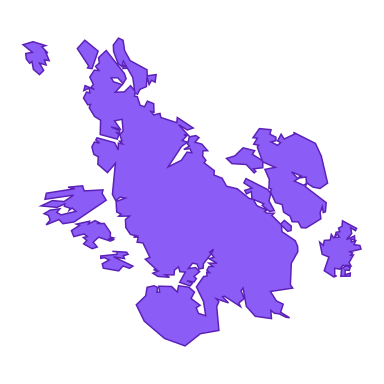 Fjell nor, Hordaland, Norway (Robinson projection)
{"feature_id": "86288312B65460294234921", "entity_name": "Fjell nor", "entity_type": "district", "adm_level": 2, "iso_a3": "NOR", "parent_name": "Norway", "parent_adm1": "Hordaland", "projection": "robinson", "projection_center": [5.057, 60.356], "detail": "fine", "context": "isolated", "style": "filled", "palette": "violet", "viewbox_px": 384, "rotation_deg": 0, "n_neighbors": 0, "source": "geoboundaries", "source_scale": "gbopen_adm2", "svg_char_len": 5959}
<svg xmlns="http://www.w3.org/2000/svg" viewBox="0 0 384 384"><path d="M292.7,288.1L290.4,284.8L291.3,263.3L297.8,251.7L297.6,246.2L295.2,240.7L282.0,231.7L281.4,225.2L287.7,231.3L291.0,230.5L291.3,226.1L284.3,220.4L280.6,224.2L271.8,215.4L274.1,213.2L267.0,213.2L264.5,211.4L267.0,210.1L256.8,205.7L253.3,199.4L248.9,198.3L237.3,188.8L226.5,186.2L222.1,178.2L213.9,175.0L214.3,170.7L204.1,162.8L205.9,160.3L202.7,156.2L203.0,150.8L207.6,150.7L201.8,144.1L194.9,142.2L199.0,137.7L195.9,135.6L189.3,136.8L187.5,144.2L189.5,146.0L183.8,149.4L190.0,148.7L191.8,152.8L187.0,152.1L181.4,160.3L168.1,166.9L181.6,146.4L187.5,142.1L182.3,140.5L186.2,136.4L184.1,134.5L188.7,135.7L178.6,124.6L187.3,130.0L193.2,128.0L177.3,117.5L176.8,122.7L160.9,117.5L160.0,113.4L153.7,114.9L150.9,111.5L154.0,112.3L153.7,103.7L147.4,101.1L144.5,106.8L140.1,105.2L137.3,96.6L134.5,96.3L135.1,93.0L137.5,94.2L140.0,89.3L146.4,86.6L147.0,76.8L149.1,84.6L151.6,80.3L155.1,82.2L156.1,74.6L147.2,75.8L147.0,69.8L130.1,60.6L124.6,50.5L123.1,40.3L118.5,38.1L113.3,45.0L113.6,51.5L118.0,63.2L121.8,66.6L123.4,61.1L127.0,67.5L123.8,65.2L123.0,68.5L127.5,68.3L132.8,77.5L134.6,90.7L130.6,85.7L124.3,91.9L115.3,92.2L122.2,84.7L113.4,81.7L111.2,77.8L117.8,77.8L123.1,83.6L126.1,78.6L124.3,73.4L106.2,50.5L98.6,57.6L99.3,63.0L95.5,66.4L98.9,70.5L94.3,70.2L89.8,77.1L93.4,84.5L91.1,87.2L94.4,89.5L85.1,85.6L83.8,90.6L89.2,88.1L89.8,93.0L86.5,92.0L83.5,98.1L87.8,104.9L90.5,104.5L89.2,107.7L94.6,116.5L100.6,120.2L100.2,134.5L117.3,139.1L118.9,134.2L115.8,132.2L119.4,133.5L119.8,130.8L111.1,127.0L120.3,129.2L114.5,120.8L122.1,119.3L123.1,130.9L119.8,134.7L121.9,141.0L119.6,141.2L122.6,143.9L118.4,143.1L118.2,149.9L114.7,142.7L97.0,137.8L95.8,140.0L99.6,143.1L94.4,142.0L91.9,146.9L93.9,154.5L98.3,156.7L97.8,164.2L107.5,172.6L115.4,163.3L112.4,194.4L115.7,200.6L120.2,197.1L125.3,198.1L116.1,201.6L116.7,212.0L121.0,214.1L118.7,216.2L129.6,216.1L125.4,219.5L125.8,227.5L130.4,234.4L136.6,235.9L133.5,237.2L138.2,237.1L137.1,242.2L142.9,242.9L149.9,257.4L145.3,259.2L156.2,269.4L153.5,269.7L158.1,271.1L152.8,273.2L157.9,276.4L169.5,277.3L165.3,274.8L174.0,274.9L174.5,270.1L178.5,266.9L179.9,271.7L185.3,272.1L179.7,282.4L190.2,285.9L192.4,283.3L187.0,280.7L194.0,282.0L196.4,278.6L194.0,276.5L199.7,271.6L195.7,267.6L188.4,268.5L192.5,263.2L196.9,264.0L199.2,269.0L203.2,268.1L203.4,263.8L211.2,253.8L209.6,252.2L213.5,249.2L211.3,253.7L214.0,257.2L209.1,258.7L217.0,263.3L208.8,263.1L213.1,266.5L208.9,266.6L206.9,270.2L209.5,272.6L206.7,272.3L207.0,276.1L203.6,276.5L196.4,286.9L203.5,301.4L205.7,315.7L198.5,313.4L196.2,307.7L200.1,305.3L191.1,298.5L194.5,292.1L189.0,287.3L178.6,285.7L177.3,292.0L171.6,286.5L158.8,286.2L159.7,292.1L157.0,292.3L157.5,287.3L154.0,285.8L147.1,287.3L145.7,295.8L136.3,304.8L144.3,321.2L164.6,338.5L185.0,345.9L200.4,333.7L218.9,330.4L216.7,306.5L218.9,301.8L216.2,298.7L228.5,302.9L222.6,296.7L224.5,296.2L240.5,306.6L238.8,303.0L244.1,298.6L241.0,290.7L243.1,288.1L246.3,306.3L255.3,316.3L271.5,318.6L270.8,310.4L274.3,313.2L279.3,313.9L285.9,317.2L289.6,317.8L280.6,312.2L283.2,304.2L276.4,300.9L270.4,291.5L292.7,288.1ZM271.0,129.7L259.4,128.6L253.0,137.7L257.3,138.2L253.7,144.2L258.7,145.3L257.3,147.1L262.2,160.6L252.4,154.3L254.7,150.7L243.1,147.8L234.8,155.9L226.5,158.4L231.9,163.6L246.3,164.5L254.1,172.9L255.9,171.3L253.3,168.9L262.8,167.7L262.8,161.9L275.2,167.3L264.9,169.4L269.3,179.4L268.9,188.3L271.5,189.0L270.4,191.8L275.5,202.6L282.1,204.5L283.6,212.1L290.1,216.2L292.1,221.7L298.3,221.9L301.3,227.7L306.2,227.9L320.9,218.8L320.1,212.6L322.3,206.7L323.3,212.6L325.4,211.8L326.2,202.7L305.3,186.6L306.8,183.4L303.5,185.2L294.3,181.1L298.0,178.8L291.6,171.9L302.4,176.5L300.0,176.1L298.1,178.2L306.0,177.0L306.4,182.7L313.0,187.1L320.0,188.5L327.6,183.1L321.3,156.1L315.4,143.4L293.4,132.3L295.2,133.8L284.1,139.0L281.1,134.2L277.6,140.9L280.6,142.6L277.7,145.3L271.0,142.0L276.0,140.7L275.9,137.2L270.0,134.2L271.0,129.7ZM82.6,185.8L68.0,187.2L74.8,188.7L46.4,193.2L45.0,199.3L73.6,195.1L64.1,201.5L52.4,200.6L41.1,205.9L57.0,207.4L64.8,203.9L64.4,206.3L70.0,208.2L69.1,210.4L72.2,208.0L75.9,211.4L61.1,214.9L56.8,212.4L59.9,208.8L50.1,210.1L44.1,213.7L48.5,215.4L50.1,220.2L46.1,224.8L59.0,219.6L63.0,223.7L74.2,221.9L106.2,200.2L102.1,193.4L103.0,189.9L84.2,190.9L82.6,185.8ZM349.9,251.7L361.0,249.1L359.9,245.5L354.0,244.6L355.7,240.8L351.5,242.0L350.8,239.4L354.8,239.7L354.5,235.9L346.6,239.6L351.7,233.5L350.7,227.7L355.4,230.7L356.6,228.4L342.5,220.8L342.0,226.4L338.5,228.2L339.8,231.7L336.2,232.2L334.9,236.3L337.8,234.2L339.3,237.1L333.5,237.6L331.3,234.4L330.2,240.0L324.3,240.4L323.3,245.3L319.7,242.2L322.2,254.3L328.9,257.0L324.2,270.7L333.9,277.0L336.7,275.8L334.8,275.9L334.7,268.3L339.8,269.2L343.1,265.1L345.2,266.5L341.5,269.0L340.9,276.3L350.1,276.1L350.3,273.1L345.1,274.6L345.1,270.0L349.3,270.4L350.2,267.5L345.0,265.1L351.0,266.0L349.1,262.5L353.4,255.0L350.7,255.3L352.6,253.0L349.9,251.7ZM89.6,221.2L76.4,224.1L79.6,225.3L71.4,230.6L73.8,236.6L84.2,234.0L87.3,236.6L83.4,237.5L86.8,240.5L83.6,243.9L92.2,248.7L97.2,247.0L93.2,242.2L98.6,237.2L110.3,241.1L114.4,239.3L108.0,239.2L113.2,237.8L110.2,237.0L110.5,232.8L104.3,223.5L96.9,223.5L99.3,222.7L95.1,220.6L88.4,224.0L89.6,221.2ZM33.0,41.7L23.0,44.7L32.4,52.3L25.7,53.5L26.3,59.0L29.7,63.3L31.9,61.5L33.4,69.4L39.5,74.6L43.7,70.4L39.5,63.1L46.1,65.0L44.5,59.9L49.2,60.7L45.5,51.7L47.9,53.1L41.9,46.8L45.6,45.6L33.0,41.7ZM246.0,178.6L243.9,182.9L251.9,188.1L244.7,190.4L246.5,193.9L251.3,191.5L252.0,198.7L263.8,203.8L262.2,205.4L269.5,211.4L274.3,210.7L269.0,200.9L270.8,193.6L267.9,189.7L246.0,178.6ZM98.1,51.1L84.8,40.2L77.3,48.6L88.7,66.0L87.5,67.9L92.0,68.7L98.1,51.1ZM126.6,252.2L112.3,251.3L117.4,252.0L116.9,254.3L100.7,256.0L100.8,258.4L104.3,257.7L109.2,259.9L102.2,263.8L103.4,268.2L118.7,270.9L123.0,266.0L129.5,268.3L132.9,266.1L113.5,256.8L124.5,258.6L123.3,255.8L128.1,254.3L126.6,252.2Z" fill="#8b5cf6" stroke="#5b21b6" stroke-width="1.5"/></svg>